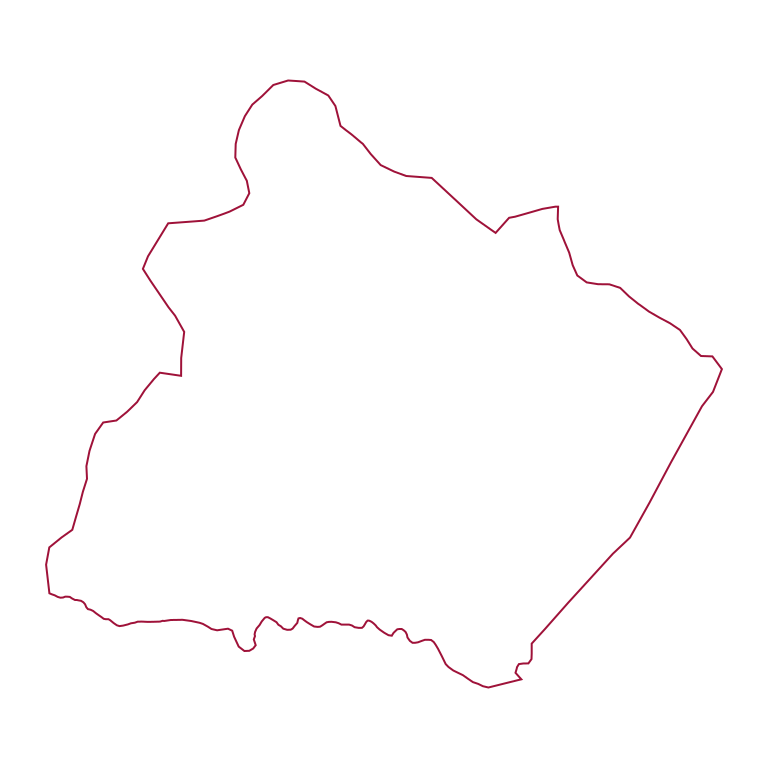 outline of Bani Al Awam, Hajjah, Yemen
{"feature_id": "15242507B30221832933741", "entity_name": "Bani Al Awam", "entity_type": "district", "adm_level": 2, "iso_a3": "YEM", "parent_name": "Yemen", "parent_adm1": "Hajjah", "projection": "albers", "projection_center": [43.596, 15.581], "detail": "fine", "context": "isolated", "style": "outline", "palette": "rose", "viewbox_px": 768, "rotation_deg": 0, "n_neighbors": 0, "source": "geoboundaries", "source_scale": "gbopen_adm2", "svg_char_len": 3540}
<svg xmlns="http://www.w3.org/2000/svg" viewBox="0 0 768 768"><path d="M168.2,223.3L148.0,256.3L142.9,268.9L150.3,280.5L168.6,307.4L175.1,315.7L184.2,331.9L181.6,354.5L181.2,358.0L181.1,375.8L159.8,372.7L153.8,379.2L153.4,379.7L144.7,390.2L137.1,402.1L127.2,411.7L116.4,420.5L103.2,422.5L95.1,433.9L91.1,446.0L89.5,450.9L86.4,466.2L87.0,478.8L83.8,488.9L82.9,491.7L79.7,504.3L76.0,516.9L72.3,529.8L61.5,537.5L49.3,547.4L46.1,564.7L49.4,593.3L51.8,594.3L54.7,595.3L57.7,596.9L60.4,597.7L63.1,597.5L65.1,596.7L67.4,596.7L69.8,596.9L72.1,598.5L75.0,600.0L76.9,600.0L78.2,600.3L81.0,600.8L83.4,602.3L85.1,604.3L86.3,607.2L87.9,609.1L90.5,609.7L93.2,611.0L95.9,613.2L99.0,615.4L101.5,617.1L103.7,618.8L105.8,619.2L108.5,619.2L110.3,620.3L113.7,623.1L116.9,625.3L119.5,626.1L123.1,625.6L127.9,624.4L130.9,623.3L134.8,622.7L137.6,621.7L141.7,621.6L144.0,621.7L147.9,621.9L153.0,621.8L160.0,621.6L162.7,620.8L164.1,621.0L170.8,620.0L177.5,619.9L182.4,619.8L183.2,619.9L191.2,621.0L199.6,622.8L202.9,623.9L207.9,626.7L211.5,629.0L217.1,630.3L228.0,628.7L232.2,630.7L234.1,636.7L238.7,646.6L244.4,651.0L249.3,650.8L253.2,648.5L255.7,645.2L253.8,639.4L255.0,636.1L254.6,634.4L255.1,631.9L256.6,628.5L259.6,625.0L261.7,621.5L264.6,618.0L265.0,617.7L266.1,617.2L267.9,617.2L270.4,618.5L273.1,620.1L276.5,622.2L278.4,624.8L280.8,626.2L283.3,628.7L287.1,629.8L287.6,629.8L290.7,629.7L292.6,628.6L293.3,627.7L294.6,626.0L297.3,622.9L297.9,620.2L298.5,618.4L300.1,618.0L302.3,618.7L304.2,620.2L306.8,622.1L310.3,624.3L314.1,626.5L317.6,626.9L320.1,626.7L322.5,625.2L322.9,624.9L324.6,623.7L326.6,622.3L328.8,621.9L331.4,621.8L335.8,622.3L338.6,623.2L341.4,624.6L344.2,624.6L346.7,624.6L349.1,624.6L352.0,625.5L354.6,627.2L358.8,627.9L360.9,627.9L362.0,627.8L363.6,626.4L365.0,624.1L366.2,622.0L367.6,620.6L368.9,620.6L370.4,621.2L371.8,622.0L373.6,623.4L375.7,625.4L377.0,627.2L379.7,629.6L384.3,632.8L388.5,635.2L391.8,635.7L392.0,635.3L393.6,632.8L396.6,629.9L397.3,629.3L399.3,629.0L401.7,629.0L403.6,630.2L404.3,630.8L405.6,632.0L406.9,634.6L407.4,637.1L407.5,637.5L409.9,640.9L410.9,641.6L412.5,642.8L415.0,642.8L418.0,642.3L418.8,642.0L422.0,640.8L424.9,639.8L428.5,639.8L431.1,640.0L433.7,642.0L433.8,642.1L435.6,644.7L438.1,648.9L438.7,650.1L441.9,656.3L445.7,664.1L448.5,667.0L453.3,670.5L457.8,672.7L462.8,675.1L468.2,678.9L472.9,682.1L478.2,683.9L482.9,686.2L488.4,687.5L521.3,679.3L515.5,672.8L516.7,668.7L517.0,667.2L518.9,664.1L523.2,663.5L523.3,663.5L528.4,663.4L531.5,659.1L531.7,653.5L531.7,643.6L544.9,629.1L568.3,602.6L585.1,584.2L612.9,553.7L630.0,537.6L639.0,521.5L649.6,502.5L671.0,462.3L702.0,406.2L713.0,391.9L721.9,369.1L712.4,356.4L701.0,356.0L692.5,348.5L686.6,339.1L680.0,330.0L670.1,323.3L662.0,319.0L659.4,317.6L649.0,311.6L639.7,304.8L638.3,303.9L629.5,296.8L629.0,296.4L620.2,287.9L609.3,284.3L608.3,284.3L598.1,284.2L586.7,282.4L577.3,275.5L572.7,265.2L569.2,252.7L564.6,241.8L563.9,240.0L559.7,230.1L558.6,224.4L557.7,219.2L558.1,206.7L555.2,206.7L542.4,208.9L528.5,212.9L515.1,216.7L509.1,217.8L495.6,232.9L490.3,229.2L476.3,219.3L461.8,205.8L431.7,177.9L406.2,176.0L394.2,171.6L380.7,165.1L370.7,154.0L362.8,143.8L361.1,142.5L351.5,134.4L345.7,130.0L340.5,125.9L335.4,106.0L328.3,95.5L315.8,88.7L304.5,81.6L295.9,81.0L288.1,80.5L281.5,82.5L273.3,85.0L262.2,96.0L252.3,104.6L244.9,116.1L238.9,130.1L235.7,143.9L235.3,157.6L235.9,158.8L240.8,169.3L245.6,178.5L246.8,180.7L249.3,193.2L243.3,204.8L229.6,211.6L224.3,213.6L217.1,216.2L204.3,220.6L191.2,221.6L168.2,223.3Z" fill="none" stroke="#9f1239" stroke-width="2"/></svg>